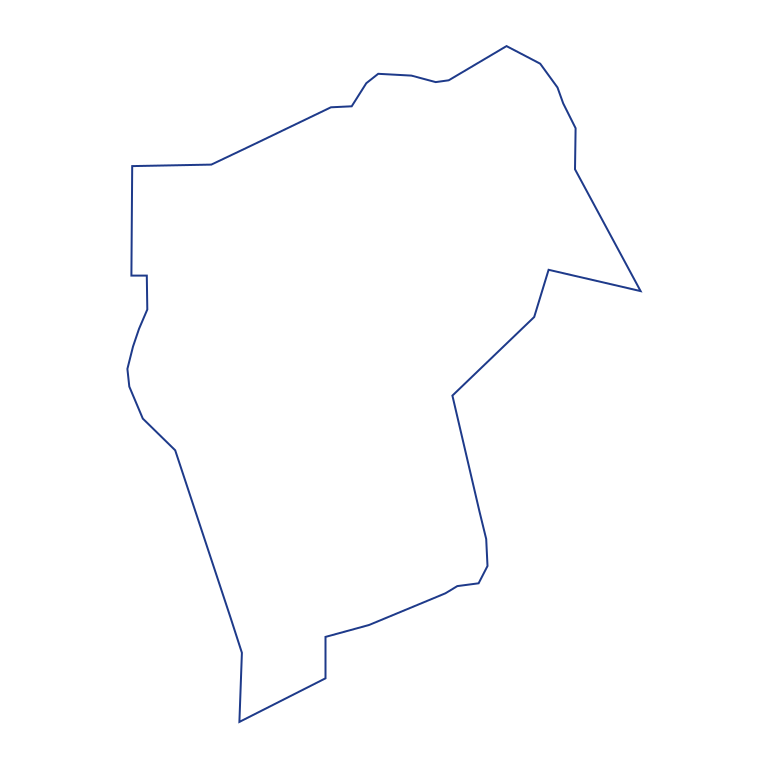 Alto Feliz, Rio Grande do Sul, Brazil
{"feature_id": "56859067B88467476938960", "entity_name": "Alto Feliz", "entity_type": "district", "adm_level": 2, "iso_a3": "BRA", "parent_name": "Brazil", "parent_adm1": "Rio Grande do Sul", "projection": "equal_earth", "projection_center": [-51.302, -29.37], "detail": "fine", "context": "isolated", "style": "outline", "palette": "blue", "viewbox_px": 768, "rotation_deg": 0, "n_neighbors": 0, "source": "geoboundaries", "source_scale": "gbopen_adm2", "svg_char_len": 635}
<svg xmlns="http://www.w3.org/2000/svg" viewBox="0 0 768 768"><path d="M457.3,586.1L478.6,583.3L487.5,566.0L486.2,539.0L479.4,511.2L452.4,395.6L534.2,317.0L548.6,269.8L640.6,291.1L585.3,188.4L575.0,169.3L575.6,128.2L563.2,103.4L557.5,87.5L540.2,63.7L506.5,46.1L448.7,80.3L435.7,82.1L411.4,75.6L378.2,73.8L366.3,83.2L351.7,106.3L330.9,107.3L252.1,145.2L211.3,164.6L132.2,166.1L131.4,275.6L146.8,275.6L147.3,309.5L139.0,328.9L133.0,346.6L127.4,368.9L129.3,386.6L142.8,418.6L175.2,450.3L230.5,617.5L241.9,652.8L239.4,721.9L325.5,678.3L325.5,636.9L369.0,625.0L445.4,593.3L457.3,586.1Z" fill="none" stroke="#1e3a8a" stroke-width="2"/></svg>